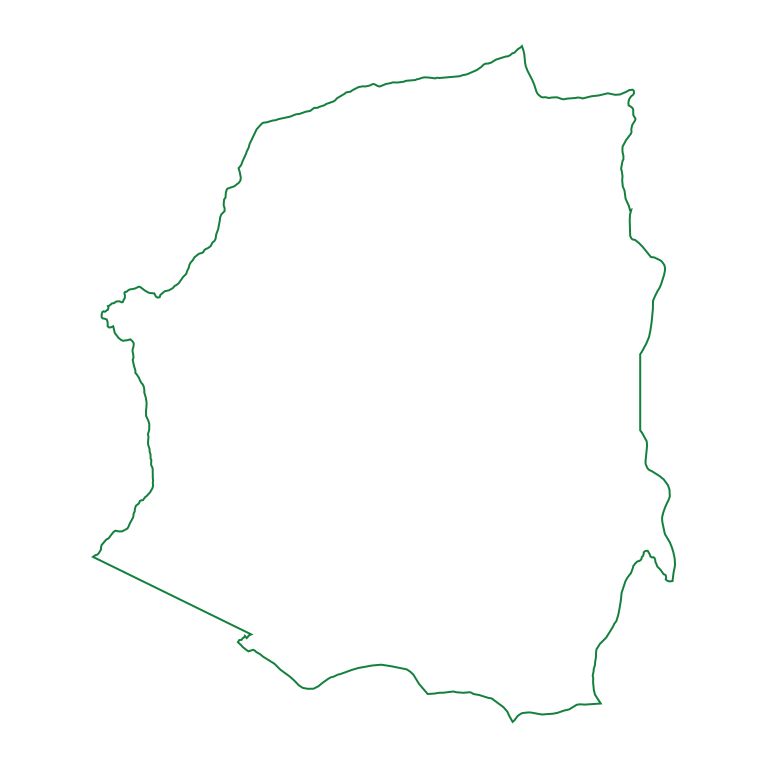 outline of Porto de Moz, Pará, Brazil
{"feature_id": "56859067B79673758478118", "entity_name": "Porto de Moz", "entity_type": "district", "adm_level": 2, "iso_a3": "BRA", "parent_name": "Brazil", "parent_adm1": "Pará", "projection": "equal_earth", "projection_center": [-52.537, -2.166], "detail": "fine", "context": "isolated", "style": "outline", "palette": "green", "viewbox_px": 768, "rotation_deg": 0, "n_neighbors": 0, "source": "geoboundaries", "source_scale": "gbopen_adm2", "svg_char_len": 6040}
<svg xmlns="http://www.w3.org/2000/svg" viewBox="0 0 768 768"><path d="M238.6,168.2L239.8,172.3L240.8,177.7L240.4,180.5L239.0,182.6L234.3,186.3L227.5,188.6L226.7,189.8L225.9,192.3L225.5,197.6L224.1,199.5L223.7,204.2L223.8,205.7L224.6,208.1L224.6,211.1L221.3,214.4L220.1,217.5L219.8,220.4L218.1,229.4L216.2,234.4L215.6,238.7L214.4,241.0L212.5,242.5L210.7,246.1L207.6,248.3L205.6,249.1L204.1,250.4L203.3,252.1L202.0,252.9L198.8,253.8L194.4,257.4L192.8,260.2L190.6,262.6L189.5,264.6L188.6,268.2L187.2,270.9L186.2,273.9L183.0,277.1L178.9,283.0L176.5,285.0L174.8,285.8L172.8,288.1L171.8,288.7L168.9,290.3L164.6,291.3L160.3,295.0L159.7,297.2L157.6,297.6L155.9,296.5L154.3,293.4L149.7,293.0L148.5,292.6L145.1,290.7L140.0,286.9L138.8,286.7L134.8,288.6L129.6,289.5L128.5,290.1L126.5,291.8L125.3,291.8L124.4,292.8L124.9,295.3L124.8,298.1L123.6,300.0L122.7,302.2L121.6,302.3L119.4,301.3L117.0,301.4L115.9,301.7L114.1,303.1L112.0,303.4L109.7,305.4L107.9,306.1L108.5,307.4L107.9,309.7L106.7,310.3L105.8,311.3L104.7,311.7L103.5,311.3L102.3,312.1L101.6,314.9L101.7,317.2L102.5,318.3L105.0,318.8L106.8,319.6L107.6,322.0L107.7,326.3L109.1,327.5L111.0,327.3L113.2,326.3L114.8,333.0L118.6,338.0L121.2,340.0L123.0,340.8L128.4,340.0L130.2,339.3L131.9,340.7L133.4,342.6L133.8,344.0L133.4,346.8L132.6,349.5L132.6,351.8L133.2,354.2L133.5,357.5L132.7,359.9L134.0,366.0L135.4,370.5L135.4,373.1L136.4,373.9L139.0,377.9L140.1,380.7L141.7,383.4L142.7,384.3L143.8,386.8L144.3,389.5L144.3,392.6L145.9,398.0L146.6,402.8L146.4,407.6L146.0,410.2L146.1,416.0L148.3,420.6L149.3,423.9L149.2,429.9L147.9,434.4L148.5,436.8L148.0,442.3L148.2,444.9L149.6,449.2L149.6,451.5L150.5,454.4L150.6,458.6L151.3,459.8L151.1,464.9L152.4,467.6L152.7,469.2L152.8,478.1L153.1,480.5L152.8,483.0L153.1,485.6L152.4,488.3L150.2,492.1L146.9,495.8L145.1,497.2L142.9,500.2L141.6,500.2L140.0,500.9L138.8,503.5L135.9,505.8L134.9,508.8L134.7,511.5L133.6,513.6L133.4,516.2L133.0,517.7L130.1,522.9L128.3,527.1L127.3,528.6L122.1,531.4L118.8,531.4L115.3,530.7L113.3,532.2L108.6,538.3L106.2,539.6L101.5,545.2L101.0,547.7L101.0,549.5L98.9,553.0L97.4,554.6L95.2,555.3L93.0,556.9L251.2,634.4L249.0,635.4L246.7,638.1L244.8,635.9L244.1,637.4L242.8,638.1L241.6,639.8L239.2,640.1L237.9,642.2L241.1,645.1L242.6,646.9L247.1,650.5L248.5,651.3L253.2,649.8L255.1,650.8L256.2,652.0L260.3,654.3L263.1,656.7L274.5,663.8L280.4,669.7L290.0,676.7L294.3,680.6L298.8,685.3L302.8,687.9L307.7,688.8L313.6,688.7L318.5,686.2L322.2,683.1L328.2,678.8L330.9,677.3L333.5,676.7L338.1,674.5L339.7,674.3L351.9,669.9L358.3,668.0L372.2,665.5L381.3,664.7L392.1,666.4L406.8,669.4L410.4,671.8L413.4,674.7L419.1,684.0L427.7,694.0L434.3,693.6L438.9,692.8L443.4,692.7L453.2,691.5L456.9,692.3L463.7,692.8L469.7,692.2L471.6,692.8L473.4,694.0L479.1,695.0L488.4,697.9L491.6,698.4L503.6,707.3L507.5,711.9L508.8,715.0L512.6,721.9L514.4,720.3L517.6,716.0L520.7,713.8L522.7,713.0L528.7,712.4L531.3,712.6L541.9,714.5L553.1,713.7L557.6,712.8L564.0,710.6L569.2,709.4L576.5,704.9L577.6,704.6L580.0,704.3L584.9,704.6L600.7,703.5L595.0,694.7L593.9,690.3L593.1,682.6L593.2,678.1L592.7,675.6L593.6,671.3L593.7,669.1L594.9,665.2L595.3,660.7L595.9,658.0L596.1,651.8L596.5,649.3L599.9,643.9L606.2,637.6L613.0,626.7L614.2,623.9L616.4,621.0L618.3,614.8L619.4,609.1L620.9,600.0L621.6,592.9L625.4,581.3L627.5,577.5L631.0,573.0L632.7,568.5L633.3,566.1L635.1,563.6L636.6,562.1L637.6,561.3L639.4,561.0L641.3,559.4L641.8,557.0L642.9,556.1L643.7,554.0L643.7,552.5L644.5,551.5L645.7,550.9L647.7,550.8L649.7,554.3L650.4,556.5L652.1,557.5L653.3,557.2L654.4,557.8L655.2,559.8L655.5,562.2L656.5,564.2L657.2,566.4L660.6,569.9L663.6,574.2L664.7,574.5L665.8,575.4L666.1,577.9L665.7,579.4L667.6,580.9L669.4,581.4L672.5,581.1L673.6,572.4L674.8,566.7L675.0,564.7L674.7,558.6L673.3,552.0L671.8,547.2L669.8,542.3L665.1,534.4L664.6,532.8L662.5,522.9L662.1,520.0L662.1,517.3L663.2,512.8L665.0,507.6L667.0,503.0L668.4,500.5L669.8,496.6L669.5,489.6L667.9,485.1L663.7,479.4L659.6,476.1L652.2,471.4L649.1,469.9L647.5,468.3L645.7,464.2L645.5,461.5L647.1,445.5L646.7,441.3L642.1,432.9L640.2,430.4L640.2,354.2L641.6,352.2L646.3,343.6L649.0,337.1L650.4,330.5L651.7,321.4L652.9,308.7L653.0,300.9L654.8,296.6L657.0,292.1L659.6,287.7L661.1,284.2L664.1,274.8L664.9,270.9L665.0,268.9L664.9,267.2L664.2,264.8L661.9,261.6L660.8,260.6L654.5,257.5L650.9,257.0L642.7,246.9L638.9,243.0L635.0,239.9L632.4,239.4L631.3,238.3L630.2,235.9L629.7,220.4L630.0,214.8L631.3,209.7L630.0,210.2L628.8,205.8L625.6,198.8L624.5,190.5L622.8,186.5L622.2,180.5L622.5,176.0L621.8,171.1L621.2,169.5L621.2,168.0L622.5,161.1L623.4,159.3L623.4,155.7L622.6,152.5L622.4,149.8L622.6,146.6L626.0,140.2L631.0,133.6L631.5,132.1L631.3,129.0L632.2,125.0L635.1,120.4L635.5,118.8L633.3,115.1L633.2,109.6L632.4,107.9L630.6,106.5L628.6,105.4L628.4,102.9L628.8,100.3L629.9,97.9L631.4,96.1L633.2,94.7L634.0,93.2L633.8,90.8L632.6,89.7L629.0,90.2L626.3,91.8L619.9,94.5L615.2,94.8L607.8,93.3L598.5,95.5L591.3,96.3L582.4,98.5L581.2,97.9L577.6,97.5L576.1,97.9L566.5,98.7L564.6,99.2L562.5,99.2L557.0,97.3L551.6,97.5L549.3,98.0L545.2,97.2L542.9,97.4L541.3,97.0L538.5,94.8L537.5,93.6L536.4,91.5L534.2,84.6L532.2,79.9L527.4,70.5L525.7,66.0L525.1,62.8L524.3,54.3L523.3,50.0L521.9,46.1L520.9,47.2L517.7,49.3L514.4,52.7L512.4,53.3L510.0,55.3L507.7,56.4L505.8,56.5L496.0,59.6L491.4,62.5L488.1,63.6L485.8,63.6L483.6,64.6L481.6,66.7L476.9,70.0L466.8,74.4L462.5,75.2L460.0,76.2L439.6,78.0L437.0,77.7L435.3,78.4L430.0,77.7L424.9,77.3L422.8,77.6L418.3,79.1L416.6,79.3L415.4,80.0L406.0,80.8L403.8,81.7L397.9,82.5L392.6,82.4L391.2,83.0L385.9,84.0L379.8,86.5L377.7,86.0L374.3,84.1L372.6,84.1L369.9,85.5L365.4,86.5L363.1,86.3L358.7,87.0L352.3,90.3L350.5,91.7L346.6,92.3L345.6,92.8L344.7,93.7L337.1,98.2L334.9,100.6L333.1,101.6L325.9,104.1L324.8,105.1L319.4,106.8L317.2,107.9L314.1,107.9L310.2,110.9L305.8,111.7L299.5,113.9L296.0,114.3L289.9,116.7L278.5,119.1L275.6,120.2L272.4,120.6L266.9,122.3L263.3,122.7L261.6,123.8L256.7,129.2L249.6,144.0L248.6,147.8L246.8,151.3L246.1,153.6L242.6,161.2L241.1,165.2L238.6,168.2Z" fill="none" stroke="#15803d" stroke-width="2"/></svg>